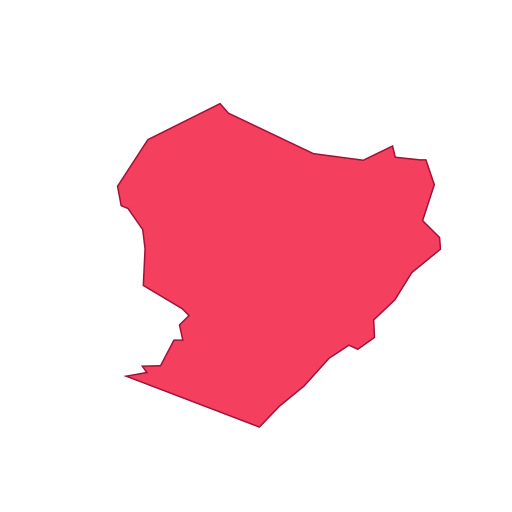 the district of Barbour, West Virginia, United States of America, rotated 31°
{"feature_id": "52423323B50280132213265", "entity_name": "Barbour", "entity_type": "district", "adm_level": 2, "iso_a3": "USA", "parent_name": "United States of America", "parent_adm1": "West Virginia", "projection": "orthographic", "projection_center": [-79.996, 39.125], "detail": "fine", "context": "isolated", "style": "filled", "palette": "rose", "viewbox_px": 512, "rotation_deg": 31, "n_neighbors": 0, "source": "geoboundaries", "source_scale": "gbopen_adm2", "svg_char_len": 634}
<svg xmlns="http://www.w3.org/2000/svg" viewBox="0 0 512 512"><g transform="rotate(31 256 256)"><path d="M146.7,143.9L103.4,211.9L101.4,267.5L114.5,282.3L121.8,281.2L145.3,291.7L157.2,307.0L174.6,339.3L220.0,339.2L229.3,341.6L225.9,354.5L236.6,365.8L229.0,370.4L230.7,399.2L215.3,409.0L222.4,412.1L206.6,425.9L347.0,400.9L353.5,372.4L364.2,342.6L371.3,306.0L381.6,284.6L391.3,283.5L399.5,264.8L389.8,250.2L397.6,222.1L398.1,189.9L410.6,155.1L403.8,145.6L380.6,139.9L372.1,103.0L352.1,86.1L347.0,89.2L324.5,99.6L316.4,91.4L298.6,118.7L252.5,138.7L158.8,147.8L146.7,143.9Z" fill="#f43f5e" stroke="#9f1239" stroke-width="1.5"/></g></svg>